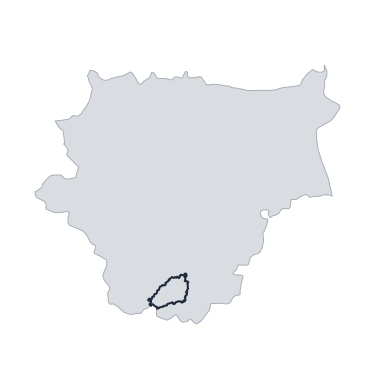 Polotsk, Vitebsk, Belarus shown in context, rotated 174°
{"feature_id": "67162791B45929653886900", "entity_name": "Polotsk", "entity_type": "district", "adm_level": 2, "iso_a3": "BLR", "parent_name": "Belarus", "parent_adm1": "Vitebsk", "projection": "albers", "projection_center": [28.82, 55.497], "detail": "fine", "context": "in_parent", "style": "outline", "palette": "slate", "viewbox_px": 384, "rotation_deg": 174, "n_neighbors": 0, "source": "geoboundaries", "source_scale": "gbopen_adm2", "svg_char_len": 8732}
<svg xmlns="http://www.w3.org/2000/svg" viewBox="0 0 384 384"><g transform="rotate(174 192 192)"><path d="M320.5,277.0L314.1,276.9L306.6,277.4L302.4,280.5L297.8,279.2L294.5,281.0L287.3,289.3L284.4,293.8L281.8,300.6L280.2,305.6L281.3,309.1L282.7,312.3L283.2,315.8L283.9,318.5L282.1,320.6L281.1,323.5L277.8,323.1L273.8,320.4L272.9,316.4L269.9,313.7L267.8,312.3L264.6,312.1L259.4,313.5L252.5,314.6L247.4,314.9L244.6,316.4L240.4,317.8L238.8,316.2L236.5,311.7L234.5,307.2L233.2,305.2L232.1,304.6L230.7,304.8L229.1,306.2L227.9,307.7L223.6,309.4L221.7,311.0L219.6,315.1L218.2,314.8L216.8,313.9L215.2,309.2L212.9,308.2L209.3,308.1L204.8,307.1L201.2,305.6L199.9,305.9L197.7,307.9L195.4,308.2L190.3,306.3L189.3,307.1L186.2,312.2L184.8,312.4L184.1,311.8L184.6,307.3L181.6,305.7L176.6,305.4L173.1,305.9L171.4,305.7L170.5,304.8L166.4,297.3L164.1,296.7L160.0,297.0L154.0,295.9L147.2,294.0L143.4,293.3L141.5,291.6L137.3,290.8L126.0,287.2L121.3,286.5L114.5,286.1L104.1,284.9L97.4,284.9L94.2,285.8L90.6,286.3L78.2,286.4L73.7,286.9L72.3,288.4L70.6,291.8L65.1,297.3L59.8,300.9L58.9,301.2L56.1,298.9L53.8,298.0L50.9,297.6L48.9,298.1L47.5,299.0L47.3,303.6L47.0,304.0L45.2,298.4L45.8,293.5L47.2,290.8L48.9,288.4L48.6,284.5L50.4,279.6L50.7,276.0L50.2,274.4L49.1,272.5L46.1,270.2L44.8,268.6L40.6,266.1L36.5,263.2L35.9,261.5L36.2,260.4L37.1,258.8L40.8,254.2L44.7,249.8L47.1,248.1L59.5,242.9L61.5,240.9L62.2,237.3L62.5,230.1L62.3,223.4L61.7,218.8L60.0,210.1L55.2,191.9L53.0,173.3L55.3,174.6L60.8,175.4L65.3,174.5L67.6,174.4L69.6,175.0L75.5,174.4L76.8,176.1L79.3,177.7L84.5,176.0L89.2,173.6L93.9,174.2L94.6,173.0L96.1,166.5L97.6,165.2L103.1,166.2L105.3,165.1L107.6,162.0L111.0,160.2L113.7,160.3L116.7,158.2L118.0,159.8L118.6,162.5L117.5,164.6L117.9,165.5L119.8,166.6L123.2,166.7L125.4,166.0L126.0,164.7L126.1,162.5L125.7,160.4L124.3,158.5L121.6,157.5L119.8,157.4L119.5,156.2L120.3,153.8L122.1,149.4L124.3,145.4L125.6,143.9L125.9,142.5L125.8,140.1L125.9,135.6L128.0,129.5L130.7,125.0L134.0,123.6L138.0,122.9L140.7,120.8L142.0,118.3L143.2,114.3L144.5,113.6L154.1,114.4L155.7,110.5L156.5,109.4L158.4,108.2L159.7,106.9L159.2,105.8L156.8,105.0L151.1,104.2L150.0,102.8L150.4,101.2L152.1,97.2L153.7,91.9L154.6,87.8L154.8,85.4L155.6,84.8L160.2,84.1L161.8,83.3L165.9,77.8L169.0,77.0L176.7,78.6L180.3,78.6L184.8,79.0L185.2,78.5L186.9,73.0L194.8,64.2L198.9,61.2L201.5,60.5L202.4,60.7L206.4,65.4L207.4,65.6L210.2,63.7L214.9,63.5L217.1,65.2L220.2,70.9L221.8,71.6L226.5,68.4L229.0,67.3L230.7,67.3L239.4,71.7L240.1,73.2L240.1,74.9L238.8,80.1L240.7,83.3L242.8,85.5L247.3,81.8L248.9,80.8L250.7,80.7L253.1,79.4L254.8,77.3L256.5,76.6L259.7,77.0L265.5,76.4L272.3,79.4L272.9,80.4L276.4,84.0L277.6,85.8L278.8,86.4L280.6,88.1L283.1,89.2L284.8,88.8L285.6,89.4L286.4,90.8L286.5,93.2L286.5,100.1L284.1,103.8L283.8,105.1L284.0,106.6L286.0,109.5L288.7,114.1L289.3,116.8L289.4,118.8L286.2,124.8L285.0,126.2L284.3,129.2L284.0,132.2L284.3,133.4L290.2,137.9L294.6,140.4L295.6,141.6L295.7,142.3L293.6,147.5L293.4,148.9L296.9,150.8L298.9,154.1L300.8,159.4L304.3,164.5L316.9,171.5L318.0,172.9L318.5,174.5L318.2,178.0L316.3,184.8L318.4,185.8L323.9,185.2L330.6,185.8L338.8,190.1L338.9,192.3L338.2,194.3L338.9,196.3L339.8,198.0L347.1,202.9L347.8,204.4L348.1,207.0L348.0,208.9L346.1,209.4L344.0,210.4L340.6,212.9L339.4,216.2L333.9,220.9L330.5,223.1L327.7,223.3L321.0,222.7L318.5,220.6L317.5,218.7L314.9,217.9L311.5,217.9L306.8,218.4L305.8,219.1L305.2,221.6L303.3,225.9L302.0,228.3L308.3,236.4L311.4,239.8L312.5,241.8L312.5,243.3L311.1,245.1L311.5,248.7L314.6,253.2L313.6,254.0L313.6,259.8L313.8,265.9L314.7,267.4L316.3,268.5L317.8,270.7L320.2,275.7L320.5,277.0Z" fill="#d9dde1" stroke="#a8b0b8" stroke-width="1"/><path d="M244.6,83.2L244.1,83.7L243.2,84.4L242.8,84.4L242.3,84.0L241.5,83.0L240.7,82.2L240.1,81.6L239.6,81.5L239.1,81.5L238.8,81.3L238.7,80.8L238.9,80.2L238.9,79.7L238.1,79.7L237.5,79.8L237.0,80.0L236.7,80.3L236.3,80.7L236.2,80.7L235.0,80.8L234.5,80.8L233.0,80.9L232.7,81.0L232.4,81.2L232.3,81.6L232.1,81.7L229.6,81.7L229.4,81.8L229.3,82.0L229.2,82.1L228.8,82.1L228.7,82.1L228.6,82.6L228.5,82.8L228.4,83.0L228.2,83.1L227.5,83.3L227.3,83.4L227.1,83.5L226.7,83.5L226.3,83.6L225.6,83.6L225.4,83.7L224.7,83.9L223.9,84.1L223.5,84.3L223.1,84.3L223.0,84.2L222.8,84.0L222.6,83.8L222.7,83.7L222.7,83.2L222.6,82.9L222.3,82.6L222.0,82.7L221.9,82.6L221.7,82.5L221.3,82.9L221.1,83.0L220.9,83.0L220.7,82.9L220.4,82.9L220.3,83.3L220.0,83.5L219.9,83.6L219.9,83.9L219.8,84.0L219.2,84.1L218.8,84.3L218.7,84.3L218.3,84.3L218.1,84.3L217.7,84.6L217.4,84.6L217.1,84.7L216.8,84.5L216.6,84.5L216.3,84.6L216.1,84.7L215.7,84.6L215.1,84.2L214.9,84.2L214.6,84.2L214.3,84.2L214.2,84.1L214.1,83.4L213.9,83.2L213.7,83.1L213.3,83.1L212.7,83.4L212.0,83.5L211.5,83.7L211.4,83.9L211.4,84.0L211.5,84.1L211.8,84.4L211.9,84.5L212.0,84.6L211.9,84.9L211.7,85.0L211.2,85.0L211.0,84.9L210.9,84.8L210.8,84.7L210.6,84.4L210.3,84.4L210.2,84.5L209.9,84.8L209.9,85.0L210.0,85.1L210.3,85.3L210.2,85.8L210.0,86.0L209.7,86.4L209.7,86.5L209.7,86.9L209.7,87.1L209.7,87.3L209.9,87.4L210.1,87.6L210.1,87.8L210.1,88.1L209.9,88.5L209.6,88.7L209.4,88.8L209.3,89.0L209.3,89.5L209.2,89.7L208.8,89.8L208.5,89.8L208.3,89.9L208.2,90.1L208.1,90.5L207.7,90.9L207.6,91.0L207.5,91.8L207.8,92.2L208.0,92.3L208.3,92.6L208.4,92.8L208.4,93.0L208.2,93.1L207.9,93.2L207.6,93.3L207.4,93.4L207.3,93.6L207.5,93.8L207.5,94.0L207.5,94.3L207.4,94.5L207.0,95.2L206.8,95.4L206.5,95.8L206.1,96.1L206.0,96.3L206.0,96.6L206.1,96.8L206.1,97.0L206.2,97.6L206.1,98.0L206.1,98.4L206.0,98.9L205.9,99.1L205.9,99.4L206.0,99.7L206.1,100.2L206.1,100.6L206.1,100.8L206.2,101.0L206.2,101.3L205.7,101.7L205.4,102.0L205.2,102.2L205.2,102.4L205.2,102.7L205.2,102.9L205.3,103.1L205.5,103.1L206.0,103.3L206.1,103.6L206.3,103.8L206.6,103.9L207.0,103.9L207.3,103.8L207.5,103.8L207.8,103.8L208.0,103.9L208.2,104.1L208.3,104.4L208.3,104.5L208.4,104.8L208.1,105.3L207.9,105.6L207.8,105.8L207.7,106.7L207.7,106.9L207.6,107.1L207.6,107.4L207.7,107.5L207.8,107.7L208.0,107.8L208.1,108.0L208.3,108.1L208.4,108.4L208.4,108.6L208.4,108.8L208.4,109.0L208.1,109.1L207.8,109.1L207.6,108.9L207.4,108.8L207.3,108.6L207.0,108.3L206.8,108.4L206.7,108.6L206.2,109.1L206.2,109.3L206.1,109.7L206.2,110.1L206.2,110.6L206.3,111.1L206.4,111.3L206.6,111.5L206.9,111.6L207.2,111.6L207.5,111.5L207.7,111.4L208.2,110.9L208.5,110.7L208.8,110.4L209.1,110.2L209.4,110.2L209.6,110.3L209.8,110.3L210.4,110.4L210.6,110.4L210.8,110.5L211.1,110.7L211.3,110.8L211.7,110.9L211.9,110.8L212.0,110.7L212.1,110.4L212.1,110.2L212.5,110.0L212.9,109.9L213.0,109.7L212.9,109.1L213.0,108.9L213.1,108.7L213.4,108.6L213.6,108.6L213.7,108.2L213.9,107.8L214.1,107.8L214.3,107.9L214.6,108.1L214.9,108.7L215.2,108.7L215.4,108.9L215.6,109.1L215.8,109.3L216.0,109.2L216.1,108.9L216.2,108.6L216.3,108.5L216.7,108.4L216.9,108.4L217.1,108.5L217.4,108.7L217.6,108.9L217.9,109.1L218.3,109.1L218.6,108.8L218.7,108.7L218.9,108.6L219.0,108.5L219.5,108.5L219.9,108.7L220.1,108.9L220.4,109.3L220.6,109.4L220.8,109.4L221.1,109.4L221.3,109.3L221.8,108.9L222.0,108.8L222.4,108.5L222.6,108.4L222.9,108.2L223.1,108.0L223.4,107.9L223.6,107.8L223.7,107.7L223.3,107.5L223.2,107.3L223.2,107.2L223.4,107.0L223.5,106.9L223.8,107.0L224.0,107.1L224.4,106.9L224.6,106.6L224.8,106.3L224.9,106.1L225.3,105.5L225.7,105.3L225.8,105.3L226.3,105.3L226.5,105.2L227.0,104.5L227.2,104.4L227.5,104.3L227.9,104.3L227.9,104.0L227.9,103.8L227.9,103.5L227.9,103.2L228.0,102.7L228.1,102.4L228.3,102.2L228.7,102.1L229.0,102.1L229.4,102.0L229.6,102.1L230.0,102.1L230.6,102.4L230.7,102.5L231.2,102.6L231.4,102.4L231.6,102.2L231.8,101.8L231.9,101.7L232.1,101.5L232.3,101.5L232.7,101.4L233.4,101.3L233.9,101.0L234.1,100.7L234.2,100.4L234.3,100.2L234.4,99.9L234.5,99.5L234.7,99.2L234.8,98.9L235.0,98.7L235.2,98.2L235.4,97.9L235.7,97.9L236.3,97.9L236.6,97.8L236.8,97.7L237.0,97.3L237.1,97.0L237.2,96.6L237.4,95.9L237.5,95.3L237.6,95.1L237.8,94.8L238.3,94.6L239.4,94.5L239.8,94.4L240.0,94.3L240.2,94.1L240.3,93.8L240.4,93.6L240.4,93.3L240.5,92.9L240.6,92.3L240.7,92.2L240.9,92.0L241.1,91.9L241.3,92.0L241.6,92.0L241.9,92.1L242.2,92.0L242.6,91.7L242.8,91.2L242.8,90.6L242.9,90.0L243.1,89.9L243.5,89.8L243.6,89.7L243.9,89.4L244.1,89.4L244.3,89.5L244.7,89.8L244.8,89.9L244.9,90.1L245.1,90.3L245.3,90.4L245.8,90.4L246.1,90.3L246.2,90.2L246.3,89.8L246.6,89.4L246.8,89.1L246.8,88.9L246.7,88.5L246.4,88.4L246.3,88.6L246.0,88.6L245.8,88.5L245.6,88.3L245.4,88.3L245.2,88.4L245.2,88.5L244.9,88.6L244.7,88.5L244.4,88.3L244.3,88.1L244.1,87.9L244.1,87.4L244.1,87.1L244.2,86.8L244.3,86.6L244.4,86.4L244.8,86.0L245.5,85.5L245.7,85.3L245.8,85.1L245.9,84.9L245.9,84.6L245.9,84.4L245.8,84.1L245.7,84.0L245.4,84.1L245.4,84.4L245.3,84.5L245.2,84.6L244.9,84.8L244.7,84.7L244.5,84.4L244.7,84.2L244.9,84.0L245.0,83.8L245.0,83.7L244.8,83.4L244.6,83.2Z" fill="none" stroke="#1e293b" stroke-width="2"/></g></svg>